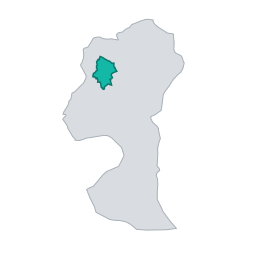 where Gulbene sits in Latvia, rotated 263°
{"feature_id": "LVA-1083", "entity_name": "Gulbene", "entity_type": "Municipality", "adm_level": 1, "iso_a3": "LVA", "parent_name": "Latvia", "parent_adm1": "", "projection": "orthographic", "projection_center": [26.543, 57.177], "detail": "fine", "context": "in_parent", "style": "filled", "palette": "teal", "viewbox_px": 256, "rotation_deg": 263, "n_neighbors": 0, "source": "natural_earth", "source_scale": "10m", "svg_char_len": 3164}
<svg xmlns="http://www.w3.org/2000/svg" viewBox="0 0 256 256"><g transform="rotate(263 128 128)"><path d="M186.3,191.7L184.8,191.4L180.6,189.8L177.0,187.3L174.9,184.0L171.2,179.5L168.8,177.2L165.1,174.3L158.8,168.4L156.6,167.0L145.4,164.2L141.4,163.0L137.8,156.3L136.7,152.4L134.9,151.7L132.9,152.4L130.7,153.1L125.6,157.5L124.0,158.1L120.8,158.1L113.5,158.8L110.3,157.1L104.6,155.0L101.5,154.6L98.8,154.5L86.6,152.2L84.3,154.0L82.0,154.3L80.0,151.2L77.3,150.2L74.3,151.0L68.8,150.8L62.4,149.5L54.2,148.3L53.0,148.5L43.6,151.8L41.3,152.3L30.8,158.2L22.5,163.8L22.3,153.8L24.4,133.9L26.4,124.1L32.2,118.7L35.2,114.4L37.2,108.6L38.1,103.1L39.5,98.6L48.2,86.0L54.3,85.0L62.7,81.9L72.0,79.4L73.6,83.4L74.3,86.4L84.8,97.7L87.4,101.5L91.1,114.1L101.2,120.8L109.5,119.2L113.1,116.3L119.9,110.9L122.9,106.9L123.6,102.9L123.0,85.9L121.5,78.5L122.3,73.9L123.4,74.2L126.2,72.1L135.2,68.2L137.0,68.1L139.0,67.3L144.7,64.3L146.4,66.0L147.9,67.9L148.7,67.9L149.2,67.3L149.1,66.0L149.5,65.2L151.1,65.7L157.5,70.9L160.0,72.2L161.7,72.5L163.7,74.9L169.3,76.6L169.9,77.8L170.3,79.4L175.5,85.9L177.9,89.2L182.5,92.2L184.5,92.9L192.7,89.9L195.0,88.8L196.8,88.8L198.8,90.4L203.2,92.5L207.1,93.1L207.8,93.0L211.2,93.1L212.4,94.0L213.2,98.1L217.1,101.3L220.7,104.0L221.6,105.2L222.0,107.6L221.8,110.4L221.4,111.9L219.9,113.6L218.7,117.9L218.6,122.0L216.6,129.0L217.1,129.1L221.4,127.8L222.7,128.5L223.6,130.0L224.0,134.4L225.5,136.4L227.0,139.4L227.6,141.8L230.4,144.6L230.7,146.5L232.5,153.0L233.3,156.8L233.7,159.7L232.9,163.4L232.2,166.0L231.3,165.8L228.8,166.5L224.9,169.6L219.0,176.9L217.5,178.5L216.0,184.0L215.6,184.5L212.1,184.3L211.2,184.2L207.7,184.3L200.0,183.0L197.0,184.0L193.2,189.5L191.7,190.3L187.1,191.1L186.3,191.7Z" fill="#d9dde1" stroke="#a8b0b8" stroke-width="1"/><path d="M173.0,106.4L176.8,106.1L176.9,105.8L176.9,105.1L177.2,104.7L177.3,104.2L177.2,104.0L177.2,103.5L179.6,104.0L181.4,103.5L181.6,103.1L181.6,102.7L181.4,102.7L181.1,102.9L180.9,102.9L180.7,102.8L180.6,102.7L180.7,102.3L181.3,102.1L181.7,101.9L182.1,101.5L182.9,101.2L183.0,100.8L183.0,100.6L182.9,99.6L184.2,99.5L184.3,99.8L184.5,99.9L184.9,100.1L185.5,100.0L186.3,100.3L187.0,101.9L187.4,102.5L188.7,103.4L188.8,103.9L188.8,104.1L189.7,104.8L190.7,104.2L191.1,104.0L191.9,104.2L193.2,104.4L193.3,104.3L193.5,104.3L194.1,105.2L195.2,105.0L197.6,104.9L198.5,105.8L199.6,106.6L199.8,106.8L199.7,107.1L199.3,107.4L199.3,107.6L199.3,107.8L199.5,107.8L202.4,109.0L201.7,110.4L200.6,112.0L199.8,112.8L198.2,115.0L197.8,115.5L197.4,116.0L196.7,117.6L196.0,118.4L195.2,119.0L194.0,120.1L194.2,120.7L194.3,120.9L194.0,122.0L192.1,121.6L191.7,121.5L191.0,121.4L190.4,121.7L190.1,122.0L189.5,122.4L189.3,122.5L189.1,122.2L187.5,122.9L186.6,123.5L185.6,123.8L185.3,122.2L184.9,120.6L184.5,119.7L184.0,118.7L183.5,118.1L182.5,117.8L179.8,118.7L178.7,117.3L178.4,115.9L177.0,116.5L175.4,116.3L174.5,116.7L172.6,116.9L173.0,115.9L173.2,115.3L173.9,114.2L174.0,113.9L174.1,113.5L173.0,111.9L172.2,110.4L171.8,109.9L171.4,109.7L171.0,109.5L169.6,109.3L169.4,108.1L169.5,107.9L170.7,107.8L170.9,107.7L170.9,107.0L171.4,106.5L172.2,106.3L173.0,106.4Z" fill="#14b8a6" stroke="#0f766e" stroke-width="1.5"/></g></svg>